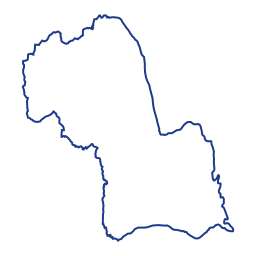 outline of Palora, Morona Santiago, Ecuador
{"feature_id": "8360857B98088290450398", "entity_name": "Palora", "entity_type": "district", "adm_level": 2, "iso_a3": "ECU", "parent_name": "Ecuador", "parent_adm1": "Morona Santiago", "projection": "equal_earth", "projection_center": [-78.165, -1.664], "detail": "fine", "context": "isolated", "style": "outline", "palette": "blue", "viewbox_px": 256, "rotation_deg": 0, "n_neighbors": 0, "source": "geoboundaries", "source_scale": "gbopen_adm2", "svg_char_len": 5756}
<svg xmlns="http://www.w3.org/2000/svg" viewBox="0 0 256 256"><path d="M30.9,53.7L29.6,54.1L28.5,54.2L28.0,54.8L28.0,57.3L27.6,59.8L25.2,60.8L23.5,60.9L23.1,61.1L23.0,61.7L23.1,63.9L24.0,64.9L24.1,66.1L23.9,67.7L23.1,70.0L23.2,72.9L23.9,75.2L24.7,76.6L24.3,78.9L24.3,80.2L25.4,82.0L24.9,83.5L24.7,85.4L23.5,85.9L22.8,86.9L24.0,90.0L24.0,90.9L24.4,92.3L24.3,93.9L24.4,94.5L26.1,97.2L26.4,97.5L27.9,98.0L26.9,101.7L27.1,103.1L27.3,107.8L27.9,111.1L27.1,112.0L26.9,113.4L28.0,117.7L29.4,117.9L31.1,119.4L32.5,119.9L33.2,120.8L35.6,121.8L36.6,121.9L39.7,121.6L40.2,121.2L41.9,119.3L43.2,118.5L45.3,116.8L49.2,115.4L50.7,114.5L52.5,112.9L53.4,111.5L53.7,111.4L54.9,112.8L56.0,113.5L56.5,115.4L57.1,116.4L58.7,117.4L59.2,118.1L59.5,119.3L59.3,122.6L59.6,123.4L60.7,124.1L63.0,126.3L63.7,128.1L63.9,130.2L61.9,130.1L61.9,131.6L61.6,133.2L61.5,135.2L61.6,136.9L62.4,136.8L63.6,136.0L64.6,136.2L64.9,136.7L65.6,136.2L66.0,136.3L68.0,137.8L68.8,138.9L70.3,140.4L70.5,141.2L70.9,141.7L71.9,142.4L72.2,142.8L72.2,144.0L72.7,144.8L73.9,145.2L74.5,145.1L74.9,146.0L75.5,146.7L76.3,146.1L76.9,146.8L78.2,146.8L78.8,147.4L79.4,146.9L80.7,146.3L81.8,146.9L82.9,147.9L83.0,148.2L82.5,148.8L82.6,149.2L83.1,149.4L83.7,149.5L84.1,148.7L85.8,147.1L86.2,147.2L86.4,148.4L86.7,148.6L87.9,147.3L90.3,145.5L91.6,144.1L91.9,144.0L92.5,144.2L93.6,146.4L94.4,146.7L95.8,146.9L97.6,147.8L97.6,148.0L95.9,150.6L95.8,152.3L95.3,154.0L95.7,155.6L95.5,156.9L96.9,157.9L99.3,158.2L100.0,158.9L100.2,159.8L100.2,161.2L100.6,162.2L100.7,164.1L101.4,166.0L102.5,166.8L101.8,168.9L101.9,169.5L102.3,170.4L103.0,171.2L103.0,171.9L102.3,173.1L102.7,175.0L103.3,175.9L103.2,178.7L103.9,179.8L104.7,179.6L105.4,180.7L106.5,181.0L107.2,182.6L107.1,183.1L106.7,183.2L106.6,184.0L106.0,184.4L105.0,183.7L104.0,184.8L104.0,185.4L103.8,185.9L104.1,187.0L103.6,187.3L103.5,188.6L103.7,189.1L104.1,192.1L104.0,192.4L103.7,192.8L103.7,194.0L104.4,195.6L103.4,197.2L103.1,197.9L102.5,198.5L102.4,200.2L103.2,202.3L103.0,203.4L103.4,204.5L103.5,206.2L103.3,207.1L103.3,208.4L103.0,209.3L103.4,210.5L103.4,211.6L103.3,212.8L103.0,213.9L102.8,223.9L103.3,223.9L103.3,224.7L103.6,225.0L103.9,225.5L104.6,227.6L105.1,227.1L106.1,227.6L106.5,230.6L107.0,231.7L106.5,233.2L106.7,233.9L107.2,234.5L107.4,235.7L107.9,235.9L108.5,235.3L109.3,235.0L109.7,235.2L109.6,236.2L110.0,236.5L110.6,235.6L110.8,236.4L111.5,237.6L111.8,237.7L112.4,237.0L112.6,237.1L112.7,238.5L112.9,238.8L114.1,238.5L115.5,238.6L117.1,239.4L118.0,240.6L119.3,239.5L121.4,238.9L122.6,237.3L124.1,235.9L126.1,234.9L127.6,233.7L130.7,233.4L133.4,231.0L134.8,229.1L137.6,227.8L138.6,227.6L144.7,227.6L147.1,227.3L152.8,225.5L158.5,225.1L164.7,225.6L167.3,225.5L169.7,226.7L172.6,229.2L175.0,229.9L176.2,229.8L180.5,230.7L182.1,231.3L183.6,231.0L184.7,232.0L186.0,231.9L186.5,232.1L187.1,233.1L189.4,235.0L194.7,238.1L195.6,238.4L198.1,238.4L200.3,237.2L205.4,232.8L206.7,232.0L207.6,230.4L208.9,229.6L209.2,228.5L209.8,227.9L210.8,227.6L213.2,227.4L213.8,227.0L215.4,225.4L217.5,224.6L218.5,224.6L219.6,225.1L221.8,227.4L222.6,227.9L223.3,228.2L224.5,228.0L225.6,229.1L227.3,230.4L230.5,231.2L232.8,231.3L233.1,231.0L233.2,229.6L232.9,228.6L232.3,227.7L230.3,225.8L229.4,224.3L228.1,223.4L227.1,223.1L226.6,223.4L224.8,223.6L224.1,222.9L224.2,221.4L224.6,219.9L224.9,219.3L225.6,219.0L226.5,219.4L227.3,219.4L227.8,218.8L227.7,218.0L224.3,208.7L223.7,207.7L223.0,207.0L222.2,206.6L222.0,205.9L222.5,204.9L223.7,203.5L223.8,202.7L223.9,199.2L222.9,197.3L222.1,197.1L220.9,197.6L220.7,197.3L220.5,196.9L220.5,193.7L220.2,193.4L219.6,193.3L219.4,193.1L218.9,191.9L218.9,190.4L220.3,186.9L220.6,184.7L220.6,183.7L220.4,183.5L218.1,183.2L217.9,182.6L218.0,180.4L218.9,177.7L219.1,176.8L219.0,175.8L218.5,175.2L217.9,175.5L217.6,176.8L217.1,177.7L216.2,178.9L214.6,180.4L213.8,180.5L213.0,179.4L212.5,176.1L212.2,172.7L214.2,170.3L214.4,168.7L213.8,162.1L214.0,159.1L213.6,154.3L213.9,151.5L213.2,149.2L212.9,147.7L211.5,144.2L211.3,141.6L210.7,141.1L208.3,141.3L207.1,141.1L206.1,140.6L205.0,139.5L204.6,137.1L204.0,136.1L202.7,135.2L202.2,134.2L202.0,133.6L201.8,131.2L200.6,126.4L199.9,125.0L198.5,124.1L194.8,124.3L193.9,124.2L192.8,123.6L190.8,122.0L187.9,122.1L186.6,122.6L184.0,124.9L181.2,128.7L180.3,129.6L176.6,130.3L171.9,133.2L170.6,133.3L169.5,133.1L168.2,133.3L167.1,134.3L164.8,135.0L162.8,134.5L161.0,134.7L160.2,133.9L159.7,131.9L159.0,130.7L159.3,129.2L157.3,122.0L156.8,119.4L154.2,110.4L153.6,107.6L152.9,102.7L152.6,98.6L149.9,88.3L149.5,86.0L149.0,84.3L148.0,82.6L146.8,79.7L146.0,77.3L145.1,72.5L144.8,68.0L144.8,63.3L144.0,56.9L142.0,55.0L141.5,54.0L140.5,50.5L139.7,47.1L138.2,43.9L137.5,41.6L136.8,40.7L135.1,39.6L134.0,37.8L132.0,36.0L131.5,34.9L130.2,33.5L129.9,32.6L128.0,29.6L126.5,27.9L122.4,22.0L121.0,19.4L120.7,19.1L118.8,17.9L114.3,17.3L112.2,17.2L109.4,17.8L108.4,16.9L108.1,16.8L107.5,17.5L107.2,17.6L106.9,17.4L106.0,15.5L105.6,15.4L104.0,15.4L103.7,15.6L103.0,16.8L102.1,17.6L101.4,17.7L100.3,16.0L99.7,15.8L99.7,15.5L99.1,15.7L98.6,16.6L96.5,19.2L94.4,19.2L94.2,19.5L93.9,20.6L93.9,21.3L93.2,23.6L93.3,25.6L92.7,26.1L92.4,25.9L92.0,26.9L93.1,27.8L93.0,28.3L92.5,29.2L89.5,27.8L88.2,28.4L87.0,27.9L86.4,28.3L84.5,28.8L83.0,30.0L83.1,30.6L82.8,31.8L82.9,33.2L82.7,33.7L83.0,35.2L82.5,35.7L81.0,36.3L80.3,37.3L78.7,38.4L78.3,39.0L77.8,38.7L76.7,39.1L75.1,38.3L74.8,38.3L73.2,40.0L72.5,40.6L70.9,40.8L70.4,41.3L69.0,41.8L68.1,43.2L67.9,43.1L66.3,43.8L65.7,43.7L62.7,42.2L61.9,41.6L61.3,40.4L61.1,37.8L60.9,37.0L60.6,36.6L60.5,35.2L60.7,34.0L60.6,33.3L60.0,33.0L59.3,32.2L58.1,31.5L55.3,32.6L54.2,32.2L53.2,32.4L51.5,34.3L50.4,34.7L49.1,36.0L47.3,39.7L46.4,40.5L44.4,41.4L42.2,40.6L39.3,44.2L39.0,44.9L35.1,44.7L34.8,50.2L33.4,53.1L33.5,54.6L32.9,54.6L30.9,53.7Z" fill="none" stroke="#1e3a8a" stroke-width="2"/></svg>